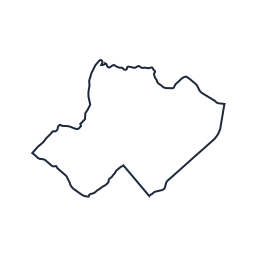 the Region of Centre, rotated 49°
{"feature_id": "TGO-89", "entity_name": "Centre", "entity_type": "Region", "adm_level": 1, "iso_a3": "TGO", "parent_name": "Togo", "parent_adm1": "", "projection": "natural_earth1", "projection_center": [0.902, 8.593], "detail": "fine", "context": "isolated", "style": "outline", "palette": "slate", "viewbox_px": 256, "rotation_deg": 49, "n_neighbors": 0, "source": "natural_earth", "source_scale": "10m", "svg_char_len": 2739}
<svg xmlns="http://www.w3.org/2000/svg" viewBox="0 0 256 256"><g transform="rotate(49 128 128)"><path d="M68.8,103.2L70.0,102.6L70.4,100.9L70.6,98.9L71.1,97.3L74.1,96.3L76.4,95.3L78.6,93.0L79.2,92.8L80.9,92.7L81.6,92.5L82.2,92.0L82.7,91.0L82.7,90.3L82.4,89.8L82.0,89.4L81.7,88.9L81.6,88.3L81.8,87.7L82.4,87.0L86.8,83.7L87.1,83.2L87.3,82.5L87.5,81.8L87.6,81.1L87.9,79.7L88.4,79.2L89.0,78.9L90.9,78.4L91.7,78.1L92.8,76.8L93.0,76.4L93.3,75.9L93.7,75.5L96.0,73.7L96.5,73.0L96.9,72.3L97.1,71.7L97.4,71.1L97.7,70.6L98.1,70.2L98.7,70.1L99.5,70.3L100.2,70.4L101.2,70.5L102.6,70.3L103.2,70.6L103.6,71.2L103.8,71.9L104.0,72.5L104.3,73.1L107.7,74.6L108.4,74.7L109.8,74.8L110.5,74.9L112.3,75.7L113.0,75.8L113.7,75.8L114.3,75.8L118.4,74.8L120.4,74.6L121.2,74.2L122.2,73.6L123.7,72.2L125.2,70.4L127.1,68.5L127.5,67.7L127.6,67.0L126.4,64.1L126.1,62.8L126.1,58.1L125.9,55.8L126.0,54.3L126.2,52.8L126.7,51.5L127.0,50.9L127.3,50.5L127.5,50.3L131.2,49.3L139.4,48.0L141.1,48.0L146.5,49.4L147.8,49.5L149.9,49.3L165.0,44.5L166.9,44.5L168.9,43.3L173.2,39.4L173.8,40.3L182.5,50.9L189.3,59.1L191.5,63.6L192.4,66.7L193.0,70.1L193.2,86.0L193.3,99.8L193.5,111.6L193.7,128.5L193.7,132.3L193.9,133.8L194.4,135.2L197.2,139.3L197.7,140.6L197.3,142.8L193.7,149.7L193.6,150.7L193.6,152.9L193.0,156.0L193.3,156.6L153.2,156.0L153.3,156.8L153.2,157.3L152.7,158.4L152.6,159.0L152.5,164.5L152.6,165.3L152.8,165.9L153.5,167.7L153.6,168.4L153.7,170.0L153.9,170.7L154.2,172.0L154.3,172.7L154.1,174.8L154.2,175.5L154.3,176.1L154.6,176.6L155.0,177.1L155.8,177.9L156.1,178.5L156.2,179.1L156.3,179.9L156.3,182.4L156.2,183.1L155.7,185.2L155.5,186.7L155.4,189.1L154.9,191.9L154.9,195.0L154.9,195.8L154.7,196.4L153.2,200.0L153.0,200.5L153.1,201.2L153.3,201.6L153.9,202.4L153.9,202.8L153.8,203.0L153.7,203.1L150.4,205.8L147.1,206.9L137.9,209.1L135.9,209.2L134.1,209.0L132.5,208.6L131.4,208.0L130.5,207.7L125.9,206.6L124.7,206.1L123.1,206.1L112.6,207.6L111.1,207.6L110.5,207.3L110.0,207.2L109.4,207.4L108.3,209.2L107.9,209.6L107.5,209.9L106.4,210.3L97.6,211.6L96.6,212.1L94.9,213.3L94.1,214.1L93.5,214.8L91.8,215.6L86.3,216.2L84.1,216.7L83.0,208.3L83.1,203.5L83.1,201.1L82.1,196.4L81.7,190.4L81.1,187.3L81.6,186.4L82.5,185.7L83.1,184.0L82.9,182.3L82.1,181.2L81.3,180.2L80.8,178.9L81.0,177.3L81.5,176.8L82.4,176.7L83.3,176.2L86.9,172.4L88.7,171.0L93.5,168.5L95.3,167.3L96.1,165.4L95.7,162.2L95.3,161.8L94.0,161.6L93.5,161.1L93.5,160.5L93.6,159.3L93.3,157.4L93.3,156.0L93.1,154.6L88.9,150.6L87.5,145.8L85.6,141.2L78.5,137.3L75.6,134.9L73.0,132.1L71.1,129.6L66.8,126.2L62.4,119.2L59.2,111.3L58.5,106.6L58.3,105.0L59.0,103.8L60.4,103.5L61.7,104.1L62.9,106.9L64.0,105.5L64.7,103.3L64.2,102.8L65.3,102.4L66.3,102.6L67.4,103.0L68.8,103.2Z" fill="none" stroke="#1e293b" stroke-width="2"/></g></svg>